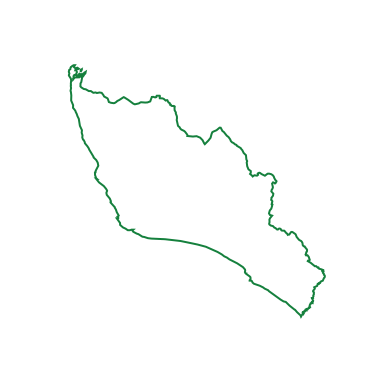 Jembrana, Bali, Indonesia (orthographic projection), rotated 15°
{"feature_id": "22746128B85592790675198", "entity_name": "Jembrana", "entity_type": "district", "adm_level": 2, "iso_a3": "IDN", "parent_name": "Indonesia", "parent_adm1": "Bali", "projection": "orthographic", "projection_center": [114.641, -8.314], "detail": "fine", "context": "isolated", "style": "outline", "palette": "green", "viewbox_px": 384, "rotation_deg": 15, "n_neighbors": 0, "source": "geoboundaries", "source_scale": "gbopen_adm2", "svg_char_len": 6023}
<svg xmlns="http://www.w3.org/2000/svg" viewBox="0 0 384 384"><g transform="rotate(15 192 192)"><path d="M57.3,107.4L57.4,106.6L58.3,105.1L58.2,103.4L57.1,104.6L55.9,107.2L53.5,110.4L49.2,111.7L48.8,112.0L48.7,112.6L48.0,113.3L48.2,113.9L48.1,114.1L47.8,113.1L48.4,112.4L47.7,111.4L47.6,109.9L47.2,109.7L47.6,109.7L48.1,109.3L48.6,109.4L49.8,108.9L49.5,108.2L49.8,106.0L49.4,105.2L48.6,104.7L48.7,104.2L47.9,104.5L48.0,104.0L47.6,103.5L47.6,102.7L45.8,102.0L45.6,101.3L46.1,99.8L45.0,100.1L43.8,101.1L43.3,102.1L42.7,102.6L42.5,103.4L42.7,104.9L41.8,105.8L41.9,107.8L42.9,109.3L42.8,111.0L43.2,111.6L45.6,113.8L46.3,115.2L47.0,119.1L47.5,120.1L47.4,120.8L48.3,123.0L48.5,125.8L49.1,126.6L50.4,129.9L51.6,134.9L54.7,138.9L55.3,141.5L57.3,142.9L58.6,144.1L59.2,145.1L60.2,146.1L61.9,148.6L63.7,150.6L66.6,157.1L69.7,160.8L70.1,163.3L71.6,165.7L71.9,167.7L72.7,168.9L73.2,169.6L74.0,169.9L75.5,171.6L75.9,172.6L79.0,174.8L80.9,176.5L81.9,177.8L87.8,183.5L88.0,184.1L91.2,185.9L93.3,188.0L94.7,190.9L93.5,196.3L93.7,197.8L93.3,197.9L93.2,198.3L94.0,200.8L95.9,203.5L96.5,203.8L95.8,203.9L99.7,206.8L105.3,209.1L108.2,211.2L109.4,212.4L109.7,212.8L109.5,215.0L110.4,216.8L114.3,219.6L116.0,221.8L116.2,222.5L115.9,222.8L116.0,223.2L121.4,226.7L121.5,227.2L123.0,228.6L124.6,231.0L127.3,233.7L127.0,234.6L126.4,235.1L127.1,235.9L127.3,235.7L127.5,236.4L126.1,236.9L130.5,240.5L131.1,242.4L134.5,244.1L137.3,244.6L139.8,245.5L141.9,245.0L143.4,244.0L145.0,243.6L144.3,244.6L145.5,245.6L149.3,246.5L151.2,246.6L155.6,248.0L157.5,247.8L161.4,248.0L164.9,247.5L178.1,244.6L193.6,242.3L205.4,241.6L211.1,241.3L219.6,241.3L232.2,243.3L237.0,244.6L239.8,245.8L242.7,246.3L245.6,247.4L254.1,249.2L260.7,251.4L263.3,253.2L263.8,254.4L263.8,255.6L264.3,256.3L265.0,256.8L265.5,256.7L265.5,257.0L265.9,257.2L269.6,258.6L270.5,259.2L271.0,260.7L271.0,261.3L270.5,262.3L270.6,262.7L272.2,262.3L273.1,262.7L273.9,263.8L275.6,264.6L281.7,265.0L285.5,265.8L287.1,266.5L291.0,267.2L291.8,267.8L305.4,273.0L308.8,274.0L311.0,273.9L315.6,276.5L321.6,279.1L322.0,279.1L324.6,280.9L328.8,283.1L329.6,284.2L329.7,283.9L329.3,283.3L330.3,281.9L331.0,281.7L331.2,280.8L331.0,280.4L330.1,280.1L330.1,279.4L331.2,279.4L330.9,278.6L331.1,278.2L332.0,278.0L331.9,277.5L332.5,277.2L332.0,276.6L332.1,276.2L333.2,276.3L332.9,275.7L333.0,275.3L334.2,275.2L334.6,273.6L335.3,273.7L335.9,272.7L335.3,272.1L335.0,271.1L335.1,270.3L335.5,269.8L335.3,269.0L335.5,268.6L337.1,268.2L336.4,267.1L337.2,266.7L337.2,265.7L336.5,265.1L336.2,264.1L335.4,263.8L335.2,263.4L336.3,263.0L336.1,262.6L336.3,261.1L335.9,260.5L336.2,259.0L335.6,257.7L335.7,257.3L334.7,256.7L334.6,255.9L335.5,254.1L335.6,253.4L334.7,252.4L337.2,250.3L337.2,248.3L338.3,248.1L338.5,247.8L338.2,247.1L339.3,246.7L339.4,246.3L339.2,245.9L339.8,244.9L341.3,243.8L341.7,241.0L342.2,240.2L342.1,238.8L341.6,238.1L340.8,237.8L340.4,236.7L339.5,236.3L339.4,235.5L339.0,235.3L339.6,234.7L339.0,233.4L337.8,233.5L337.7,233.7L337.4,233.2L334.6,233.2L333.7,232.2L333.2,232.6L331.0,231.5L329.9,231.9L324.8,229.6L321.7,228.8L321.8,228.3L322.8,227.9L323.3,227.1L321.5,224.4L319.9,223.2L318.6,223.7L317.9,223.1L318.1,221.2L317.9,220.7L318.4,219.8L318.2,218.3L317.7,217.6L316.3,216.7L315.7,216.0L315.1,215.9L314.8,215.4L313.7,215.4L312.7,214.6L311.9,212.7L310.9,211.6L310.1,211.1L308.0,210.6L307.2,210.1L304.7,208.3L303.1,206.1L302.5,205.8L299.5,204.7L298.8,204.7L298.0,205.2L297.0,207.9L296.5,208.2L295.8,208.1L295.5,208.5L294.6,207.6L293.6,207.2L291.2,205.5L288.8,206.0L288.3,205.9L287.1,204.7L286.1,204.6L285.3,205.0L284.7,206.0L283.9,206.2L281.9,205.2L280.8,205.1L279.1,204.0L276.7,204.0L275.1,203.3L274.7,202.5L274.7,201.1L273.9,198.5L274.2,197.0L275.5,194.1L273.2,194.0L271.9,192.7L271.9,190.4L272.0,189.5L272.9,187.6L273.0,184.4L272.3,183.6L272.8,183.1L272.0,182.3L272.1,180.6L271.9,180.0L270.5,179.1L270.6,178.3L270.2,177.2L271.2,174.6L271.0,172.6L268.5,170.9L268.4,169.5L268.9,167.8L268.9,166.4L267.2,163.2L267.8,161.7L269.0,161.8L269.9,162.3L270.3,162.0L270.9,160.0L270.6,159.4L269.6,159.0L268.0,157.4L266.9,155.8L265.5,154.8L263.9,154.3L261.9,154.3L260.6,154.6L260.0,155.1L258.2,157.4L254.6,156.7L252.8,156.0L251.9,156.0L250.8,157.0L250.7,157.3L251.4,158.3L250.8,159.2L250.5,159.4L247.9,159.7L246.6,161.3L245.7,160.6L243.4,159.5L243.8,158.3L243.4,156.6L240.7,155.5L238.7,152.9L237.2,149.3L237.3,147.9L236.1,146.5L234.6,142.5L231.8,140.9L229.8,138.6L228.4,137.7L227.7,137.0L223.3,135.7L222.7,135.0L221.1,134.8L219.6,134.0L217.7,133.6L216.3,132.7L215.3,131.3L213.1,129.5L211.0,128.6L207.2,125.8L205.6,125.2L203.1,122.5L202.0,122.7L199.7,126.0L196.9,128.2L196.1,129.1L195.9,131.0L195.9,134.8L194.5,138.1L192.0,142.5L191.2,141.9L188.8,139.2L185.8,137.4L182.0,136.9L178.5,138.2L173.0,139.1L173.0,138.4L172.4,137.7L169.7,135.6L168.4,135.0L165.6,134.5L164.3,133.8L163.2,132.6L161.6,131.9L161.2,131.4L158.6,126.4L158.4,124.6L157.8,122.8L156.0,120.3L155.8,119.3L154.1,117.6L153.3,115.2L153.3,114.1L152.9,113.7L152.1,113.6L151.9,113.8L149.9,114.1L149.0,113.2L148.6,113.4L148.5,113.0L147.8,112.7L147.7,112.2L147.2,111.7L146.3,111.7L145.8,111.3L144.4,109.7L143.9,109.8L142.9,110.5L140.7,109.4L139.4,109.2L136.6,109.8L136.3,109.1L136.2,107.7L135.9,107.4L133.1,108.1L132.7,109.1L132.9,109.6L131.9,110.2L130.0,110.1L128.6,110.6L128.2,115.3L125.8,117.0L123.7,117.7L119.5,118.5L118.7,119.1L117.7,120.2L114.1,122.1L112.5,121.9L106.5,119.5L102.0,118.1L101.4,118.1L97.9,122.0L96.3,123.4L95.5,124.7L94.2,126.1L93.3,126.5L90.6,126.8L88.4,126.6L86.8,124.1L86.1,123.4L82.4,122.5L81.3,121.3L79.1,119.6L77.0,119.8L74.5,121.0L73.2,120.8L71.0,121.7L68.2,120.7L66.2,121.2L62.8,120.3L60.8,120.5L58.0,119.6L56.9,118.9L56.2,115.9L56.6,114.5L56.3,110.6L56.1,110.1L57.3,107.4ZM52.7,106.8L50.8,110.1L51.0,110.7L51.4,110.7L52.6,109.9L54.0,108.6L54.8,107.3L54.7,106.9L53.9,107.7L53.4,107.8L53.3,107.5L53.7,107.1L52.7,106.8ZM50.7,102.2L49.1,101.6L48.8,101.8L49.0,102.3L49.5,102.8L50.3,102.7L50.7,102.2ZM53.6,102.5L53.6,102.1L52.9,102.8L53.2,104.1L53.5,104.1L53.9,102.6L53.6,102.5Z" fill="none" stroke="#15803d" stroke-width="2"/></g></svg>